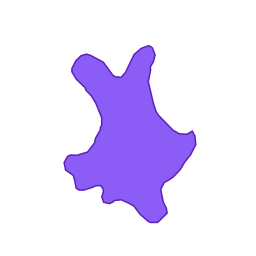 San Lucas Sacatepéquez, Sacatepéquez, Guatemala, rotated 216°
{"feature_id": "79465075B92764455721704", "entity_name": "San Lucas Sacatepéquez", "entity_type": "district", "adm_level": 2, "iso_a3": "GTM", "parent_name": "Guatemala", "parent_adm1": "Sacatepéquez", "projection": "mercator", "projection_center": [-90.646, 14.595], "detail": "fine", "context": "isolated", "style": "filled", "palette": "violet", "viewbox_px": 256, "rotation_deg": 216, "n_neighbors": 0, "source": "geoboundaries", "source_scale": "gbopen_adm2", "svg_char_len": 1094}
<svg xmlns="http://www.w3.org/2000/svg" viewBox="0 0 256 256"><g transform="rotate(216 128 128)"><path d="M134.5,48.8L131.0,49.1L127.1,52.0L122.0,58.9L120.1,62.3L116.3,65.3L112.4,64.1L110.5,62.0L108.8,57.0L104.1,53.6L98.4,56.0L96.6,59.6L96.4,61.4L91.2,66.0L82.6,67.7L77.3,68.3L67.6,65.3L56.8,64.3L54.2,64.9L48.5,69.0L46.3,82.1L49.6,85.5L55.9,88.8L65.4,97.5L66.7,105.3L64.6,109.4L62.5,115.6L61.3,125.1L62.1,134.1L61.6,142.9L63.4,154.4L69.2,160.9L74.2,163.3L76.6,157.6L83.2,153.4L90.5,152.7L110.5,156.1L114.8,157.7L121.9,162.8L138.8,177.4L143.9,188.4L145.8,190.4L146.4,196.5L149.0,203.0L150.6,204.1L155.5,207.2L159.5,206.9L164.0,200.4L166.3,191.2L162.7,171.5L163.4,164.8L166.4,163.4L167.3,162.1L171.4,161.8L186.6,166.7L200.7,164.8L205.1,163.3L208.5,158.8L209.7,152.0L208.4,143.3L206.5,140.5L198.2,137.0L186.8,135.5L184.0,133.8L176.6,132.5L168.7,129.2L155.4,120.9L151.0,114.9L150.6,112.2L149.4,110.6L148.2,100.5L146.3,96.2L146.6,84.7L151.0,79.0L153.1,76.1L158.7,72.3L160.2,69.4L159.3,62.4L153.8,57.3L144.4,57.5L139.8,53.8L134.5,48.8Z" fill="#8b5cf6" stroke="#5b21b6" stroke-width="1.5"/></g></svg>